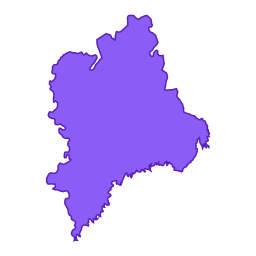 outline of West Mamprusi Municipal, Northern, Ghana
{"feature_id": "2480657B90334619080238", "entity_name": "West Mamprusi Municipal", "entity_type": "district", "adm_level": 2, "iso_a3": "GHA", "parent_name": "Ghana", "parent_adm1": "Northern", "projection": "natural_earth1", "projection_center": [-0.789, 10.298], "detail": "fine", "context": "isolated", "style": "filled", "palette": "violet", "viewbox_px": 256, "rotation_deg": 0, "n_neighbors": 0, "source": "geoboundaries", "source_scale": "gbopen_adm2", "svg_char_len": 5785}
<svg xmlns="http://www.w3.org/2000/svg" viewBox="0 0 256 256"><path d="M54.1,64.7L52.5,66.9L52.4,70.0L51.9,72.0L52.3,73.2L53.1,73.7L55.5,74.0L55.7,76.0L54.6,79.3L51.8,81.7L50.2,80.9L49.9,81.1L49.6,81.6L49.5,84.2L51.1,86.4L51.1,87.0L50.1,88.3L50.2,89.5L53.0,91.4L53.7,93.3L54.0,95.5L53.4,99.0L53.7,102.0L54.4,102.0L54.7,101.4L55.5,101.0L57.2,102.4L57.7,103.9L57.3,107.5L55.4,109.7L54.1,110.4L53.6,111.7L51.3,112.2L49.7,111.8L49.2,112.2L48.3,114.9L48.4,115.7L49.4,117.3L52.1,118.5L54.5,118.7L55.1,121.1L54.8,123.1L55.7,124.5L58.0,124.7L60.4,124.0L62.7,125.8L64.5,126.6L65.7,128.1L64.7,129.7L63.3,129.9L62.3,129.6L60.8,128.4L59.4,128.3L58.9,129.4L59.2,132.6L59.8,133.4L62.0,135.2L62.7,136.8L63.3,137.3L65.2,138.3L68.6,138.3L69.5,139.1L69.4,140.3L68.0,142.5L67.8,144.0L67.9,145.3L69.4,147.3L69.5,150.3L68.6,152.0L65.0,152.2L64.3,154.1L64.3,157.3L64.9,157.8L66.0,157.6L67.3,154.7L68.2,154.6L69.0,155.6L69.1,158.5L69.6,159.2L70.9,159.2L71.0,159.5L69.5,161.4L64.1,164.3L63.2,164.3L60.3,163.1L59.4,163.6L57.9,166.5L58.3,168.4L56.8,172.2L54.7,173.4L50.4,172.9L48.6,174.3L46.6,178.7L46.7,181.2L46.8,182.3L47.8,183.9L48.5,184.1L51.6,183.9L55.1,184.2L55.4,186.9L55.0,187.5L53.0,188.4L53.0,189.1L55.2,189.8L58.0,189.8L59.9,190.9L63.4,191.6L66.3,190.7L67.5,191.3L68.8,193.2L69.2,194.8L69.1,197.8L68.4,198.4L66.6,198.5L65.5,199.0L65.0,200.2L64.8,202.7L65.1,204.2L68.0,209.5L68.6,213.8L70.1,215.3L69.0,214.4L69.3,215.0L70.6,215.8L71.4,216.8L71.5,219.4L74.8,221.2L75.4,222.2L75.3,223.9L74.4,225.3L75.6,226.9L75.5,227.8L74.5,229.1L72.7,230.1L71.4,233.1L72.0,235.1L73.9,236.6L74.6,238.0L74.2,240.6L75.3,240.1L77.3,240.3L76.2,238.7L76.1,237.8L76.2,235.4L76.8,234.4L77.5,234.6L79.1,236.3L80.2,236.6L80.3,236.0L79.5,234.8L79.6,233.9L80.1,231.8L81.4,229.8L81.8,226.6L82.4,225.7L84.8,224.9L88.4,225.9L88.6,225.0L87.7,223.3L88.7,222.2L88.4,220.0L89.1,219.0L90.8,219.3L92.2,221.8L93.5,222.6L93.5,220.0L94.1,218.5L94.7,218.4L94.9,219.4L96.0,219.7L97.3,219.2L97.7,218.6L96.5,219.2L96.1,218.7L96.2,216.1L96.6,215.2L98.0,214.7L99.1,216.0L100.6,216.5L100.3,214.9L100.8,211.9L101.3,211.2L102.2,211.9L103.2,211.4L101.9,208.6L102.0,207.0L102.6,206.1L103.7,207.1L104.5,207.2L104.1,206.2L104.4,203.7L105.4,203.6L107.1,205.2L109.0,205.0L109.3,203.2L108.2,202.8L108.3,201.0L107.6,199.5L107.7,198.5L108.1,197.7L110.7,196.1L110.9,195.5L110.2,194.3L108.1,192.7L108.0,192.3L108.5,191.4L110.9,189.7L111.0,188.9L110.4,188.6L111.3,187.2L113.3,186.2L113.3,185.1L112.8,184.4L112.0,184.2L111.4,183.2L111.8,182.0L114.3,180.9L116.5,180.7L116.8,181.8L116.2,182.8L116.6,184.0L117.8,183.8L119.4,184.9L120.9,185.1L121.2,184.6L120.7,184.1L120.7,183.0L121.1,182.6L121.8,182.9L122.2,181.0L125.6,173.4L126.7,173.0L127.2,175.6L128.3,176.4L128.7,175.3L129.7,174.4L130.3,174.5L131.0,175.2L130.3,176.2L131.2,177.6L132.1,176.3L132.1,173.1L132.6,172.9L133.6,173.9L135.7,172.2L136.5,170.2L138.1,171.7L140.3,172.1L141.1,171.4L140.9,170.1L141.8,169.5L144.9,171.9L145.3,171.2L143.8,169.6L145.1,168.5L147.0,169.3L148.3,169.1L150.8,170.9L149.8,168.2L150.5,168.0L150.6,167.1L150.2,166.7L149.1,166.7L149.0,165.8L151.0,164.1L150.7,165.1L151.2,166.3L154.1,165.6L155.6,162.8L156.1,162.8L155.9,164.0L156.7,164.8L157.8,164.2L158.6,162.4L159.1,165.2L160.7,164.7L162.9,165.7L163.8,164.8L164.2,163.6L165.0,163.0L165.5,161.7L166.5,161.4L167.1,161.8L167.1,162.3L166.5,162.9L166.9,165.3L167.6,165.0L168.4,162.8L169.4,162.3L170.0,162.8L169.9,163.5L172.1,164.3L172.5,166.8L174.0,167.1L174.6,167.7L173.9,169.4L174.3,170.1L178.1,170.6L178.7,171.1L180.4,171.0L180.5,171.5L181.5,171.8L182.7,170.9L182.5,170.1L184.0,167.6L186.5,166.6L187.1,164.9L187.6,164.9L188.7,163.3L190.3,162.4L190.5,161.9L190.8,162.1L191.2,160.8L192.7,160.2L194.2,157.4L195.6,155.8L197.3,151.0L197.2,148.8L196.0,148.4L195.8,147.8L196.1,146.0L195.8,143.9L196.5,143.5L197.4,141.2L197.3,139.6L198.2,139.5L199.2,137.8L199.9,139.6L199.7,142.0L202.1,146.4L202.6,148.4L203.2,146.7L203.3,144.5L204.7,143.8L204.4,145.9L205.2,145.5L204.9,146.4L205.9,147.5L206.3,147.6L206.4,146.8L207.8,146.2L208.8,147.3L208.9,146.2L206.7,144.7L205.6,142.4L205.8,141.6L207.9,141.1L208.2,140.4L207.7,138.4L207.1,138.1L207.1,136.8L209.2,136.6L208.5,135.0L209.0,134.3L209.0,133.4L209.3,133.6L209.4,133.3L209.0,132.5L208.2,132.2L208.4,132.0L208.3,130.5L208.0,130.7L207.0,129.8L207.6,129.2L207.2,127.7L207.6,126.3L207.1,125.9L207.0,124.9L205.9,124.0L205.3,121.3L203.1,120.5L202.6,118.6L201.5,119.0L201.2,118.7L200.2,119.7L198.7,119.7L197.2,118.4L196.1,118.2L195.7,117.1L194.4,115.9L191.1,115.2L189.9,114.2L185.0,112.8L183.9,112.1L183.4,109.7L183.8,108.6L182.7,105.3L182.6,104.1L181.8,103.5L179.6,99.6L179.0,99.0L178.5,99.1L178.1,98.1L177.1,97.1L176.9,94.4L177.8,92.1L176.4,88.7L172.3,89.7L165.0,90.2L164.8,88.6L165.4,86.8L165.9,81.8L167.0,79.2L167.5,76.9L166.6,73.2L162.0,69.9L164.3,63.5L164.0,63.0L163.0,55.4L160.9,55.8L159.0,55.4L157.8,53.9L157.5,50.8L156.7,50.3L155.8,50.5L153.7,52.7L153.3,55.7L152.6,56.3L151.0,56.1L149.6,54.0L149.9,51.9L152.2,50.3L153.9,47.6L157.4,43.7L157.9,42.3L155.7,35.6L152.9,33.0L150.1,31.9L149.0,30.3L148.7,28.6L149.1,27.2L151.5,26.8L152.3,25.1L151.6,23.5L151.2,19.9L150.6,18.9L147.3,15.7L145.4,15.7L143.8,16.3L140.8,17.6L138.8,19.3L136.0,18.2L134.3,16.1L133.1,15.5L129.5,15.4L128.2,16.0L127.5,17.5L127.8,25.2L121.7,30.9L120.2,31.8L118.9,32.1L116.4,31.7L115.3,36.1L115.4,39.1L114.9,40.1L113.7,39.3L113.5,38.5L112.8,38.7L111.9,38.2L111.1,36.2L110.0,34.7L107.5,34.3L106.3,33.6L96.9,39.7L97.1,44.4L102.0,58.0L99.4,60.1L98.7,61.7L95.6,64.9L94.6,67.5L93.5,69.1L92.1,70.1L90.3,69.9L89.9,68.2L92.1,65.0L94.6,62.4L97.0,57.8L96.6,55.9L95.1,54.8L92.6,55.8L90.8,56.0L88.3,54.9L86.3,53.1L84.3,54.7L83.3,54.7L81.6,52.1L77.7,53.6L74.6,52.7L73.0,52.8L69.8,51.8L66.5,53.2L64.7,54.5L63.4,54.9L62.5,56.6L60.8,57.4L60.2,59.5L58.4,60.7L57.4,64.0L56.1,64.7L54.1,64.7Z" fill="#8b5cf6" stroke="#5b21b6" stroke-width="1.5"/></svg>